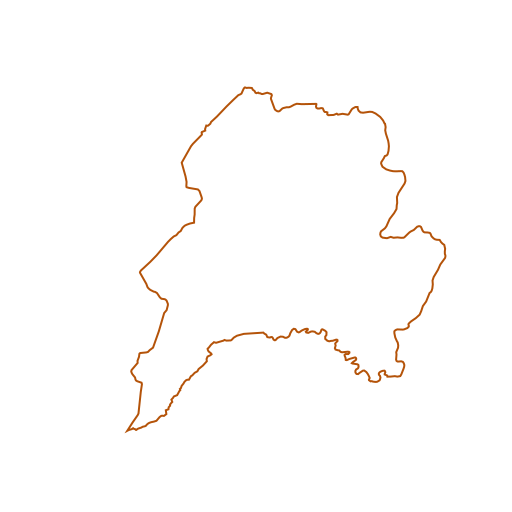 outline of Son Hoa, Phú Yên, Vietnam, rotated 250°
{"feature_id": "81297802B61701358015931", "entity_name": "Son Hoa", "entity_type": "district", "adm_level": 2, "iso_a3": "VNM", "parent_name": "Vietnam", "parent_adm1": "Phú Yên", "projection": "robinson", "projection_center": [108.871, 13.205], "detail": "fine", "context": "isolated", "style": "outline", "palette": "amber", "viewbox_px": 512, "rotation_deg": 250, "n_neighbors": 0, "source": "geoboundaries", "source_scale": "gbopen_adm2", "svg_char_len": 6125}
<svg xmlns="http://www.w3.org/2000/svg" viewBox="0 0 512 512"><g transform="rotate(250 256 256)"><path d="M135.8,75.3L136.0,76.9L135.8,80.2L136.2,81.6L135.4,82.1L134.5,83.3L133.7,83.6L133.5,84.1L134.0,85.4L134.1,86.5L134.0,89.6L134.3,91.0L134.0,93.5L134.2,94.7L134.8,95.5L135.5,97.4L135.7,98.6L135.7,100.6L135.3,103.4L135.2,106.1L137.6,110.3L138.2,112.3L138.0,113.3L137.2,114.8L138.1,117.7L141.9,118.5L141.9,121.3L143.7,122.2L144.7,124.1L145.6,124.3L146.5,125.4L147.5,127.4L150.0,127.4L151.0,129.4L152.1,130.8L152.2,134.3L155.3,137.8L155.9,139.0L157.1,139.0L157.6,140.3L159.4,141.7L160.9,144.2L162.2,145.7L163.2,147.9L163.2,149.2L162.7,150.7L165.3,153.7L165.6,155.3L167.2,158.4L167.7,161.5L169.4,163.4L171.2,168.6L173.9,173.8L176.1,174.3L178.1,176.1L178.3,178.9L178.8,180.6L179.6,180.6L182.6,178.8L184.4,178.6L185.4,178.8L186.1,180.4L188.0,183.4L189.2,186.6L189.4,187.0L188.1,188.8L187.6,196.6L187.9,197.6L186.6,199.3L185.3,203.4L185.5,204.4L186.9,207.2L187.6,210.8L187.0,217.9L181.5,236.7L180.2,237.3L178.6,238.7L175.9,238.9L174.8,240.8L174.6,241.6L174.7,242.5L174.2,243.4L173.5,243.7L171.5,243.9L170.6,244.5L170.3,245.0L170.4,245.9L171.6,248.1L171.9,251.5L170.9,253.7L169.2,255.3L168.7,256.9L169.0,258.9L169.7,260.2L171.7,261.8L174.1,264.6L174.7,266.6L173.8,268.0L170.8,268.7L169.6,270.0L169.6,271.0L170.3,273.4L170.6,276.8L170.4,278.3L170.0,279.4L169.6,279.7L169.0,279.5L167.8,276.9L166.9,277.1L165.9,278.8L166.2,281.9L165.8,283.4L164.7,285.3L162.8,286.4L161.6,287.7L161.4,288.5L161.7,289.7L162.5,290.8L164.3,292.3L164.5,292.9L164.3,293.5L162.0,295.5L160.3,296.2L157.6,295.1L156.6,293.5L154.7,292.8L154.0,292.8L153.2,293.5L152.0,294.0L150.8,295.6L150.6,297.4L150.1,299.1L150.0,302.7L149.7,303.4L149.1,303.8L148.2,303.5L147.1,301.1L146.5,300.4L144.6,300.2L142.4,298.6L140.9,298.7L139.4,300.7L138.7,302.0L137.1,302.6L136.1,303.9L134.7,309.4L134.2,310.5L133.7,310.9L133.1,310.7L132.3,309.2L133.2,306.6L132.9,305.5L132.1,305.2L129.7,305.3L127.6,304.8L127.1,305.7L127.3,308.6L126.9,313.9L126.7,314.6L126.2,315.0L125.0,315.0L124.1,314.2L123.2,310.9L122.5,309.4L122.0,309.8L119.6,314.2L118.8,314.9L117.3,314.7L116.1,314.0L115.5,313.2L115.1,311.2L113.9,310.0L112.4,309.6L110.8,310.1L110.1,311.6L110.7,313.1L111.7,317.2L111.4,318.5L109.2,320.0L106.8,320.7L104.6,321.0L102.5,321.1L101.2,319.8L100.7,319.7L99.0,320.8L98.8,322.0L98.0,322.9L96.9,325.0L96.5,326.2L96.4,327.1L96.9,329.6L97.6,330.3L99.3,331.4L101.0,331.5L102.4,330.9L103.5,331.2L104.2,331.9L104.7,333.3L104.8,335.5L104.4,337.4L104.1,337.7L102.6,337.8L101.2,336.6L100.7,336.4L98.8,338.4L97.7,338.2L96.7,341.0L95.6,345.4L94.3,347.6L93.8,350.5L95.0,352.0L99.4,355.9L101.2,357.3L102.8,358.1L104.6,358.2L106.3,357.8L107.4,356.4L108.1,353.7L108.5,352.8L109.3,352.2L110.7,352.2L115.3,354.3L117.7,354.9L121.2,358.1L123.4,359.1L126.4,359.6L127.4,359.3L131.8,359.0L136.0,359.6L137.6,360.1L138.2,360.6L138.5,361.5L138.7,362.4L138.7,363.7L136.7,368.6L136.4,369.9L136.5,373.6L137.4,375.4L138.1,375.7L139.8,375.9L140.5,376.9L141.5,379.3L143.0,385.0L144.9,389.7L147.7,392.4L151.9,395.7L155.0,400.3L161.9,406.5L162.3,407.9L163.2,409.1L165.2,410.6L168.8,412.4L172.6,413.5L175.5,415.8L180.8,422.3L185.0,426.3L189.5,433.0L190.7,433.8L191.9,434.2L193.4,434.2L195.7,435.0L198.1,436.2L202.1,436.7L203.8,435.5L205.8,434.6L208.3,434.1L209.5,431.3L210.5,429.9L211.8,428.9L214.4,427.7L217.4,427.6L218.3,427.2L219.4,425.3L220.6,422.4L221.4,421.7L222.9,421.2L226.8,421.0L227.7,420.4L228.3,419.4L228.4,417.5L226.5,413.2L226.1,409.7L225.6,408.0L222.9,402.0L222.7,401.0L223.4,398.7L225.1,395.3L226.1,391.5L227.9,389.1L227.9,385.5L228.3,384.4L230.0,381.2L231.7,380.0L233.8,380.1L235.3,380.9L236.4,381.9L237.9,386.6L239.3,388.7L245.1,394.3L249.0,400.4L252.1,404.1L255.7,405.7L257.5,406.8L263.2,408.6L266.6,411.5L273.3,420.4L275.4,422.1L279.2,423.1L281.8,423.3L283.9,423.2L285.6,422.5L286.2,421.2L287.7,416.5L288.8,413.8L290.4,411.2L292.9,408.0L296.6,405.4L298.9,405.2L300.1,405.2L301.3,405.8L304.2,409.6L305.8,411.2L305.8,413.1L306.4,414.3L307.2,414.9L309.5,416.5L313.6,418.4L316.3,419.1L319.1,419.6L326.5,419.9L329.9,420.4L332.8,421.9L336.2,422.5L336.6,422.1L339.8,421.8L344.2,420.3L349.0,417.1L351.6,414.5L352.3,413.0L352.7,412.0L354.0,405.6L355.2,403.3L357.5,402.1L359.5,402.0L361.3,402.4L362.0,400.3L361.6,397.6L361.1,396.2L357.5,391.6L357.4,390.6L360.0,386.0L360.8,381.4L362.1,380.6L362.0,377.2L363.6,372.1L364.7,371.4L366.5,372.2L367.1,371.5L367.9,369.8L369.1,369.4L371.8,369.3L372.2,368.9L372.7,367.8L373.0,365.6L373.6,364.2L374.7,363.4L376.0,363.5L377.6,364.5L378.1,364.7L378.4,364.5L383.0,351.0L385.1,346.4L385.1,343.6L384.5,339.6L384.5,337.8L385.3,335.7L385.7,332.1L385.5,330.9L384.1,327.7L384.2,326.5L384.8,325.5L385.8,324.7L386.9,324.0L388.0,323.8L398.4,323.8L399.2,324.0L401.7,325.9L402.9,325.8L405.6,322.4L405.9,317.7L406.3,316.7L407.4,315.7L407.9,314.5L408.7,314.1L408.9,312.0L409.7,311.3L411.5,311.1L413.4,309.8L415.1,309.7L415.5,309.2L416.6,306.7L417.2,304.5L418.2,303.3L418.0,302.5L417.1,301.3L413.6,297.9L413.3,296.7L413.2,294.4L410.4,287.9L406.6,279.5L400.4,267.0L397.3,259.6L395.9,258.3L394.9,255.6L394.9,255.1L395.6,253.9L392.6,251.5L391.2,251.2L391.0,247.5L390.6,247.1L388.8,246.8L388.4,246.4L383.0,235.1L381.4,232.5L369.1,218.1L354.9,217.0L349.4,216.1L345.4,214.4L344.4,214.3L342.9,216.3L338.4,224.2L336.3,225.1L329.7,225.0L328.4,224.8L327.4,224.1L326.7,223.1L323.0,215.9L321.5,214.6L315.9,212.5L312.9,210.9L308.5,209.2L309.1,205.1L309.1,201.6L308.9,199.6L308.4,198.2L307.5,196.4L305.2,193.8L304.6,191.3L302.8,188.3L302.5,185.4L301.1,181.8L299.4,178.2L290.6,162.8L286.6,154.5L281.7,142.8L280.5,141.4L279.7,141.3L267.3,143.4L264.0,143.4L262.6,143.8L260.4,145.0L257.5,147.7L256.7,149.0L255.0,150.3L250.1,151.5L248.2,152.5L246.6,155.5L245.9,156.1L244.7,156.7L242.3,156.8L241.0,156.8L239.8,156.3L235.7,153.5L233.8,150.2L218.3,138.8L205.1,127.9L203.9,123.9L202.8,121.7L202.9,120.0L204.4,114.1L204.3,113.5L204.0,113.0L201.3,111.6L198.0,108.8L196.0,108.2L191.4,100.1L190.3,99.3L189.0,99.2L187.3,99.4L183.2,100.8L181.1,100.5L180.0,100.7L178.9,101.6L176.1,105.1L174.6,105.0L167.8,101.3L148.2,91.7L147.0,90.5L141.7,83.0L135.8,75.3Z" fill="none" stroke="#b45309" stroke-width="2"/></g></svg>